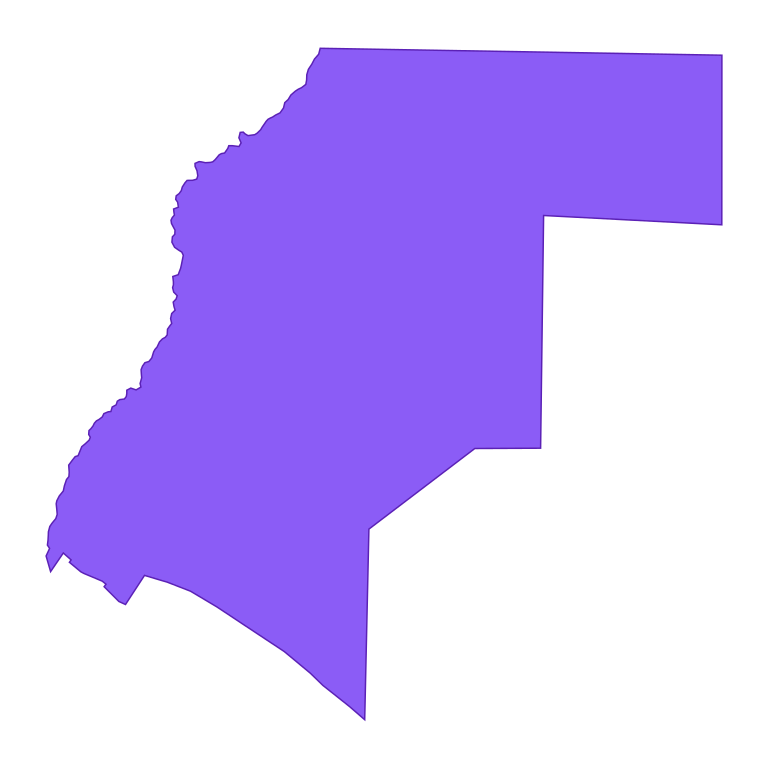 the district of San Martín, Mendoza, Argentina
{"feature_id": "61730980B45978264735485", "entity_name": "San Martín", "entity_type": "district", "adm_level": 2, "iso_a3": "ARG", "parent_name": "Argentina", "parent_adm1": "Mendoza", "projection": "equal_earth", "projection_center": [-68.452, -32.954], "detail": "fine", "context": "isolated", "style": "filled", "palette": "violet", "viewbox_px": 768, "rotation_deg": 0, "n_neighbors": 0, "source": "geoboundaries", "source_scale": "gbopen_adm2", "svg_char_len": 2380}
<svg xmlns="http://www.w3.org/2000/svg" viewBox="0 0 768 768"><path d="M721.8,224.8L721.9,55.2L320.2,48.3L318.7,54.2L314.5,59.0L311.8,64.2L308.4,69.3L306.8,74.7L306.6,80.1L305.8,84.4L301.5,87.7L298.3,89.2L295.4,91.1L290.9,95.0L288.2,99.5L284.8,102.6L283.5,108.0L280.0,112.9L275.7,115.0L272.5,117.1L270.4,118.0L268.0,119.3L266.1,121.4L264.5,123.8L262.2,127.1L260.6,129.8L257.1,133.2L254.7,134.7L248.0,135.6L245.1,133.9L243.2,132.1L240.2,132.4L238.9,137.8L241.1,142.9L239.0,146.5L232.3,145.7L228.8,145.7L227.8,148.4L224.6,153.0L221.4,153.6L219.2,154.8L215.2,159.6L212.8,161.8L210.4,162.4L205.4,162.7L201.5,161.9L199.1,161.6L195.0,163.4L195.1,166.4L197.0,170.7L197.8,175.8L196.7,179.1L192.7,180.3L187.1,180.4L185.0,182.8L182.3,187.0L181.3,190.6L179.1,193.6L176.2,195.8L175.7,199.4L177.6,202.1L178.4,207.2L173.6,209.0L173.9,212.0L174.4,215.1L172.3,217.5L171.0,220.2L171.5,223.5L172.9,226.2L175.0,230.1L174.8,234.3L172.4,236.8L171.9,242.2L174.6,247.3L178.9,250.3L181.8,252.1L183.3,255.3L182.4,259.8L181.3,265.3L180.6,268.3L178.2,274.7L172.8,276.5L173.4,281.9L173.4,284.9L172.6,287.6L173.7,292.1L177.2,295.7L176.1,299.0L173.2,302.1L174.0,306.6L175.1,310.2L171.7,313.5L170.6,318.6L171.7,323.5L169.8,325.9L167.5,329.2L167.2,334.9L165.3,337.3L162.4,338.9L159.5,341.9L157.1,347.0L155.0,349.4L153.6,351.9L152.8,354.6L151.8,357.9L148.9,361.5L144.9,362.7L142.5,366.1L141.1,369.7L141.4,374.5L141.7,377.8L140.1,383.5L140.9,387.1L136.1,389.9L130.8,388.1L126.8,390.2L126.8,393.5L126.3,396.5L124.4,399.0L119.8,399.6L117.3,401.2L116.2,404.8L112.2,407.0L110.9,411.5L108.2,411.8L103.9,413.6L102.3,416.9L99.1,419.4L96.4,420.9L94.3,423.3L93.0,426.0L90.9,428.7L89.0,430.5L88.7,434.5L90.3,437.2L89.2,440.1L85.0,444.0L81.8,446.6L78.1,455.7L75.2,456.6L72.4,460.1L68.7,465.1L69.2,472.3L68.9,476.6L66.5,479.5L64.4,485.8L63.3,491.0L59.3,495.9L56.8,500.8L56.2,503.8L56.8,509.6L57.2,514.4L55.8,518.6L53.9,520.9L51.8,523.5L49.8,526.5L48.4,531.8L48.3,535.0L48.0,540.4L47.4,545.1L49.6,548.4L46.1,556.0L50.6,571.6L63.3,553.0L71.1,559.9L69.4,562.3L80.8,571.8L83.8,573.4L99.0,579.8L102.3,581.2L106.0,584.2L104.1,586.7L118.9,601.5L125.5,604.5L144.5,575.4L161.9,580.6L167.1,582.1L190.5,591.2L216.7,606.8L245.2,625.7L267.4,640.4L284.2,651.5L310.2,673.1L323.0,685.5L349.2,706.3L364.7,719.7L367.5,592.7L368.9,529.1L474.8,448.5L540.6,448.2L543.6,215.5L721.8,224.8Z" fill="#8b5cf6" stroke="#5b21b6" stroke-width="1.5"/></svg>